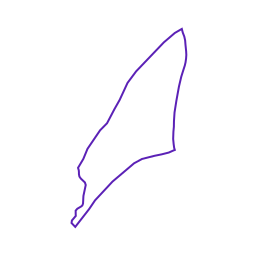 the district of San Martín Zapotitlán, Retalhuleu, Guatemala, rotated 327°
{"feature_id": "79465075B10941026506975", "entity_name": "San Martín Zapotitlán", "entity_type": "district", "adm_level": 2, "iso_a3": "GTM", "parent_name": "Guatemala", "parent_adm1": "Retalhuleu", "projection": "albers", "projection_center": [-91.598, 14.614], "detail": "fine", "context": "isolated", "style": "outline", "palette": "violet", "viewbox_px": 256, "rotation_deg": 327, "n_neighbors": 0, "source": "geoboundaries", "source_scale": "gbopen_adm2", "svg_char_len": 883}
<svg xmlns="http://www.w3.org/2000/svg" viewBox="0 0 256 256"><g transform="rotate(327 128 128)"><path d="M227.1,74.2L219.0,73.8L204.7,75.7L165.7,84.9L152.2,89.9L136.3,99.9L126.7,104.9L113.0,112.6L103.4,114.7L82.7,123.4L73.7,129.6L64.4,134.2L63.7,136.6L62.8,138.3L61.7,140.0L60.8,142.3L60.9,144.7L62.2,150.2L61.5,152.8L53.7,160.6L52.0,162.9L50.8,164.6L49.1,166.9L47.5,168.1L45.9,168.3L41.5,168.1L39.1,168.8L37.5,171.3L36.3,173.3L30.6,175.0L28.9,176.9L29.9,182.2L51.3,174.8L61.0,170.7L85.8,164.5L113.9,160.9L122.9,161.6L135.2,165.8L141.8,168.4L148.8,170.8L153.3,171.5L155.3,171.9L155.9,169.8L157.5,166.4L159.9,161.8L164.1,155.8L167.1,152.0L170.2,147.4L175.5,140.3L183.5,131.4L193.3,121.0L200.6,114.0L206.4,109.2L209.6,106.6L212.0,104.3L214.6,101.3L216.7,98.5L218.5,95.4L221.7,89.2L223.6,85.7L225.0,82.0L225.9,77.8L227.1,74.2Z" fill="none" stroke="#5b21b6" stroke-width="2"/></g></svg>